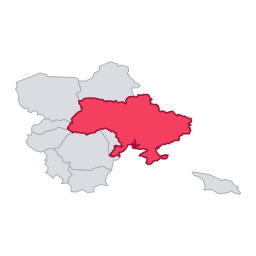 map of Ukraine with Belarus, Poland, Hungary and 6 others greyed out
{"feature_id": "UKR", "entity_name": "Ukraine", "entity_type": "country or territory", "adm_level": 0, "iso_a3": "UKR", "parent_name": "Europe", "parent_adm1": "", "projection": "natural_earth1", "projection_center": [31.244, 48.371], "detail": "fine", "context": "with_neighbors", "style": "filled", "palette": "rose", "viewbox_px": 256, "rotation_deg": 0, "n_neighbors": 9, "source": "natural_earth", "source_scale": "50m", "svg_char_len": 9274}
<svg xmlns="http://www.w3.org/2000/svg" viewBox="0 0 256 256"><path d="M110.4,61.8L117.3,64.0L118.2,66.1L121.6,65.0L128.1,67.1L128.7,71.1L127.3,73.3L131.4,78.9L134.2,80.5L133.8,82.0L138.3,83.5L140.2,85.8L137.6,87.7L130.9,88.2L134.2,96.6L128.4,97.1L126.3,99.0L125.8,103.4L117.0,102.9L115.3,100.9L112.7,102.4L90.6,98.2L85.3,98.4L81.5,100.8L78.3,101.1L78.3,97.3L76.4,93.3L80.5,91.5L80.7,88.1L78.9,84.8L78.8,81.0L85.2,81.1L92.6,77.9L94.2,73.0L99.7,70.3L99.2,66.5L110.4,61.8Z" fill="#d9dde1" stroke="#a8b0b8" stroke-width="1"/><path d="M78.8,81.0L78.9,84.8L80.7,88.1L80.5,91.5L76.4,93.3L81.4,108.7L80.6,111.1L77.2,112.2L70.7,119.4L72.3,123.4L64.5,119.5L59.5,120.7L56.3,119.8L52.1,121.7L48.9,118.6L46.0,119.8L42.7,114.9L37.7,114.4L37.2,111.7L32.6,110.7L31.4,113.0L27.8,111.2L28.4,108.8L23.4,108.0L20.4,105.2L18.1,99.7L18.8,96.7L17.5,92.1L15.4,89.0L17.4,86.7L16.2,82.4L40.3,73.0L46.8,74.4L47.2,76.5L73.9,77.5L77.3,78.4L78.8,81.0Z" fill="#d9dde1" stroke="#a8b0b8" stroke-width="1"/><path d="M67.4,128.7L71.1,131.1L71.5,133.4L67.2,135.3L59.2,147.3L53.5,148.9L49.2,148.5L41.1,152.2L35.4,150.5L28.2,145.6L27.1,142.6L25.9,142.5L28.6,136.8L27.4,134.9L31.3,134.9L32.0,131.3L37.9,134.5L43.7,133.4L44.4,131.7L54.6,129.5L58.6,126.9L65.9,129.6L67.4,128.7Z" fill="#d9dde1" stroke="#a8b0b8" stroke-width="1"/><path d="M98.6,130.4L104.9,128.3L112.7,131.3L115.8,133.7L115.3,136.7L117.8,138.1L118.8,141.8L122.0,146.3L113.9,146.2L114.4,147.8L111.2,153.6L109.4,154.6L108.2,150.6L108.8,142.9L100.7,131.3L98.6,130.4Z" fill="#d9dde1" stroke="#a8b0b8" stroke-width="1"/><path d="M109.4,154.6L112.5,156.2L115.8,154.8L119.0,156.3L119.2,158.6L115.7,160.5L113.6,159.7L111.5,170.5L102.3,166.3L93.9,168.4L90.4,170.6L71.9,169.4L68.7,164.2L70.4,162.7L68.7,161.6L66.4,163.6L62.4,161.0L62.0,157.3L57.8,155.2L57.2,152.4L53.5,148.9L59.2,147.3L67.2,135.3L74.6,131.5L83.2,132.5L86.4,134.7L93.9,132.5L95.7,130.4L98.6,130.4L100.7,131.3L108.8,142.9L108.2,150.6L109.4,154.6Z" fill="#d9dde1" stroke="#a8b0b8" stroke-width="1"/><path d="M70.0,165.8L71.9,169.4L90.4,170.6L93.9,168.4L102.3,166.3L111.5,170.5L107.8,174.2L105.1,180.6L107.4,185.7L101.2,184.5L93.9,187.3L93.8,191.8L87.3,192.6L82.3,189.5L76.5,192.0L71.2,191.7L70.9,185.8L67.4,182.9L68.6,181.6L67.9,180.6L69.2,177.7L72.0,174.9L68.7,171.0L68.2,167.8L70.0,165.8Z" fill="#d9dde1" stroke="#a8b0b8" stroke-width="1"/><path d="M192.2,172.9L193.0,171.8L209.5,174.8L219.4,179.1L220.7,180.8L224.9,179.4L231.7,181.2L234.0,184.9L238.6,187.0L236.9,188.2L240.6,193.1L239.7,194.2L235.8,193.6L230.4,191.0L228.7,192.5L218.8,193.9L211.7,189.5L204.2,189.9L205.1,186.1L203.1,180.0L198.8,176.7L194.9,175.6L192.2,172.9Z" fill="#d9dde1" stroke="#a8b0b8" stroke-width="1"/><path d="M70.9,122.8L65.9,129.6L58.6,126.9L54.6,129.5L44.4,131.7L43.7,133.4L37.9,134.5L32.0,131.3L31.5,128.2L33.2,125.2L38.7,124.4L43.6,119.3L48.9,118.6L52.1,121.7L56.3,119.8L59.5,120.7L64.5,119.5L70.9,122.8Z" fill="#d9dde1" stroke="#a8b0b8" stroke-width="1"/><path d="M43.7,150.9L49.2,148.5L53.5,148.9L57.2,152.4L57.8,155.2L62.0,157.3L62.4,161.0L66.4,163.6L68.7,161.6L70.4,162.7L68.7,164.2L70.0,165.8L68.2,167.8L68.7,171.0L72.0,174.9L69.2,177.7L67.9,180.6L68.6,181.6L67.4,182.9L61.7,183.6L63.2,179.6L56.6,174.4L52.5,178.5L53.1,177.7L45.4,172.1L47.1,171.7L48.3,167.5L45.1,164.1L47.0,160.2L44.5,160.2L47.4,156.8L43.7,150.9Z" fill="#d9dde1" stroke="#a8b0b8" stroke-width="1"/><path d="M157.0,152.7L158.7,155.0L159.5,155.8L160.1,156.1L160.8,156.2L162.1,155.5L162.7,155.4L163.9,155.6L164.4,155.2L165.0,154.9L165.9,154.9L167.9,155.4L167.0,156.9L166.7,158.4L165.5,158.7L164.3,158.7L163.0,158.9L162.2,158.3L161.6,158.0L160.9,157.9L160.2,158.1L159.4,159.1L158.0,159.9L157.5,160.7L156.1,160.5L154.9,160.7L153.2,161.4L151.9,163.1L150.4,164.1L149.3,164.4L148.2,164.3L147.5,164.0L146.0,162.9L146.1,162.5L146.6,161.8L147.1,159.8L147.1,159.1L146.7,158.1L145.6,157.3L144.7,157.4L144.1,157.2L142.2,155.8L141.2,155.8L140.1,156.0L139.7,155.8L139.4,155.4L141.6,153.7L143.8,152.3L144.8,152.1L146.0,151.5L147.4,150.5L147.2,149.8L146.9,149.2L145.8,149.5L144.6,148.9L144.2,148.5L142.4,149.0L141.4,148.9L139.1,149.3L138.1,148.9L136.0,147.7L135.3,147.5L134.6,147.6L134.2,147.2L134.7,147.0L135.7,146.8L135.9,146.6L135.8,146.2L134.8,146.0L133.8,145.9L132.7,145.1L133.8,145.1L134.9,145.4L136.7,145.5L138.3,145.8L139.8,144.6L138.2,145.1L136.7,144.8L136.1,144.4L135.6,143.8L135.4,143.1L135.5,142.5L135.3,141.4L134.6,139.8L134.1,139.3L134.6,140.4L134.8,141.2L135.2,141.9L135.1,143.7L134.9,144.3L134.2,144.5L132.5,144.2L132.7,143.2L132.3,143.5L131.6,144.5L131.0,144.6L129.8,144.5L127.4,145.2L126.9,146.8L126.4,147.7L125.4,149.1L123.3,151.2L120.6,152.4L119.6,152.2L119.2,152.5L119.0,152.9L119.0,153.6L119.5,154.1L119.9,155.9L119.7,156.6L118.8,155.6L117.6,155.2L116.3,155.4L115.0,156.1L114.0,156.4L113.2,156.2L113.2,156.6L113.3,156.7L113.1,156.9L110.9,156.3L110.0,155.9L109.3,154.9L110.0,154.5L111.3,154.3L111.4,153.9L111.2,153.0L111.7,152.4L112.5,151.9L112.9,151.4L113.0,150.6L113.8,150.2L114.5,149.6L114.6,148.9L114.9,148.5L114.5,147.5L114.4,146.8L114.4,146.3L114.6,146.0L115.9,145.4L116.2,145.4L116.3,145.6L116.3,146.7L116.6,146.6L117.0,145.9L117.2,146.1L117.6,146.2L118.1,146.0L118.7,146.4L119.2,146.5L119.8,146.1L120.1,146.2L120.7,147.0L122.4,146.7L122.8,146.3L121.3,145.3L121.5,143.6L121.3,143.1L121.0,142.7L119.9,142.2L119.1,141.7L118.9,141.5L118.8,140.8L118.5,140.4L118.5,140.1L118.7,139.6L118.7,139.0L118.7,138.8L117.6,138.3L117.3,137.9L116.1,137.2L115.9,136.9L115.8,136.5L116.3,135.4L116.4,134.7L116.4,134.4L116.3,133.4L115.9,132.7L115.6,132.6L114.8,133.0L114.5,132.8L114.1,132.4L113.5,131.3L111.8,131.1L111.3,131.6L111.0,131.1L110.8,131.0L110.5,131.1L110.4,131.0L110.5,130.5L110.1,130.3L109.2,130.3L108.7,130.1L108.7,129.8L108.4,129.6L107.9,129.4L107.4,129.2L106.9,128.7L106.2,128.4L105.0,128.2L104.0,128.7L103.6,128.6L102.8,129.1L100.6,129.1L100.2,129.0L98.7,129.8L98.6,130.1L96.4,130.6L96.2,131.4L95.4,132.4L90.5,133.2L88.5,133.9L87.8,134.6L86.6,134.9L84.4,133.0L83.8,132.8L81.7,133.2L80.8,132.9L80.4,132.9L78.2,132.4L76.4,132.5L75.0,131.6L74.5,131.6L73.9,132.3L72.7,132.8L72.5,132.7L72.5,132.4L72.6,132.1L72.0,131.4L71.3,131.5L70.7,131.2L70.3,130.6L69.6,130.2L69.1,130.1L68.9,129.9L68.5,128.8L67.7,128.8L67.8,127.4L68.9,126.4L69.6,124.7L70.6,123.3L70.7,123.0L71.0,122.9L72.6,123.4L72.8,123.3L72.8,122.9L71.9,122.1L72.1,121.0L71.6,118.9L72.0,118.3L74.4,115.7L76.0,114.2L79.2,111.6L81.0,111.3L81.5,110.4L81.8,110.2L81.9,109.5L81.6,108.5L81.1,108.0L81.2,107.8L81.7,107.7L82.0,107.5L81.9,107.2L81.2,106.7L80.9,106.2L80.4,105.0L79.1,103.4L79.1,103.1L79.3,102.7L79.1,102.2L78.8,101.6L78.9,100.8L79.5,100.6L80.1,100.6L80.6,100.7L81.2,101.1L82.4,100.4L83.4,99.4L83.8,98.9L84.0,98.6L87.4,98.3L88.8,98.1L90.2,98.0L94.6,98.2L97.7,98.8L98.1,99.1L100.3,99.5L102.8,99.6L103.8,101.0L105.9,100.9L106.5,101.2L106.4,101.9L106.5,102.0L106.8,101.9L107.4,101.1L107.6,101.0L108.6,101.3L109.1,101.2L109.5,100.9L109.8,100.9L111.4,101.2L112.2,101.3L112.6,101.4L112.9,102.2L113.5,102.4L113.9,101.7L114.3,101.4L115.2,101.2L115.7,100.7L116.0,100.7L116.2,100.8L116.5,101.1L117.3,102.6L117.7,102.8L119.1,102.4L121.5,102.2L122.5,102.0L123.2,102.0L124.2,102.7L124.3,103.3L125.1,103.8L125.8,103.8L126.0,103.4L126.4,103.1L126.2,102.0L125.7,101.0L126.0,100.2L126.6,99.1L127.2,98.4L128.7,97.1L129.4,96.8L130.3,97.0L131.2,96.6L132.7,96.5L134.1,96.6L135.4,97.1L136.4,97.0L137.5,96.5L138.0,95.1L138.5,94.8L139.0,94.8L141.0,95.3L141.7,95.3L143.3,94.5L144.3,94.4L145.4,94.6L147.3,94.5L147.9,94.7L148.6,95.3L149.2,96.1L149.9,97.6L151.8,99.4L151.9,99.7L151.7,99.9L150.0,100.2L149.9,100.5L150.5,101.3L150.6,102.5L150.7,103.0L151.0,103.2L151.1,103.4L150.6,103.9L150.8,104.0L152.5,104.1L154.0,104.6L156.4,104.4L156.6,104.6L157.1,105.6L157.4,105.8L158.1,105.8L158.3,106.0L158.1,106.2L158.2,106.6L158.4,107.0L158.7,107.9L159.1,108.5L159.1,108.9L158.7,109.5L158.9,110.1L159.4,110.8L159.8,111.0L160.1,111.6L160.7,111.8L162.2,111.0L163.7,111.3L164.2,111.6L164.6,112.1L165.0,112.4L165.5,112.3L166.4,112.4L167.2,113.0L168.1,112.3L169.7,111.9L170.6,111.8L172.1,111.2L172.6,111.3L173.2,111.9L173.7,112.3L173.9,113.0L174.6,113.9L177.0,115.5L177.7,115.4L177.8,115.2L177.9,114.6L178.1,114.4L178.4,114.4L179.8,115.2L181.1,115.3L183.0,116.4L183.7,116.4L184.7,116.1L185.6,117.1L186.7,117.2L189.0,118.6L189.6,118.6L190.7,118.4L191.0,118.5L191.1,118.8L190.9,119.2L190.9,119.8L191.4,120.4L191.5,120.9L191.3,121.4L191.1,121.8L189.9,123.0L188.5,123.5L188.7,123.9L189.0,124.3L190.7,124.9L190.8,125.2L190.6,125.3L190.1,125.4L189.3,125.3L188.7,125.9L188.4,127.2L189.2,127.4L189.7,127.6L190.1,128.7L190.1,129.2L189.9,129.5L190.6,130.0L190.7,130.3L190.2,130.9L189.5,132.7L189.5,133.4L189.2,133.7L186.9,133.8L183.5,133.7L182.9,133.8L182.2,134.9L181.7,135.3L180.8,135.7L179.9,135.8L179.3,136.3L179.1,137.0L179.1,137.6L178.8,138.4L178.8,138.6L179.3,138.8L179.2,139.1L178.9,139.3L178.8,139.7L178.9,140.4L178.7,140.5L176.2,140.4L174.3,140.5L172.9,141.9L172.0,141.9L170.9,142.3L170.1,142.8L169.1,143.7L168.4,143.3L167.5,143.3L166.6,143.6L165.6,144.2L165.0,144.3L163.8,144.2L162.4,144.5L159.5,146.7L158.5,148.3L158.2,148.6L157.7,148.9L156.8,149.1L158.7,147.6L158.7,146.8L158.3,146.2L157.2,147.7L155.7,148.4L155.6,149.4L155.8,150.2L156.1,151.1L157.0,152.7ZM136.8,148.7L133.7,148.2L132.7,147.8L132.5,147.3L132.4,146.8L133.3,147.6L135.9,148.3L136.8,148.7Z" fill="#f43f5e" stroke="#9f1239" stroke-width="1.5"/></svg>